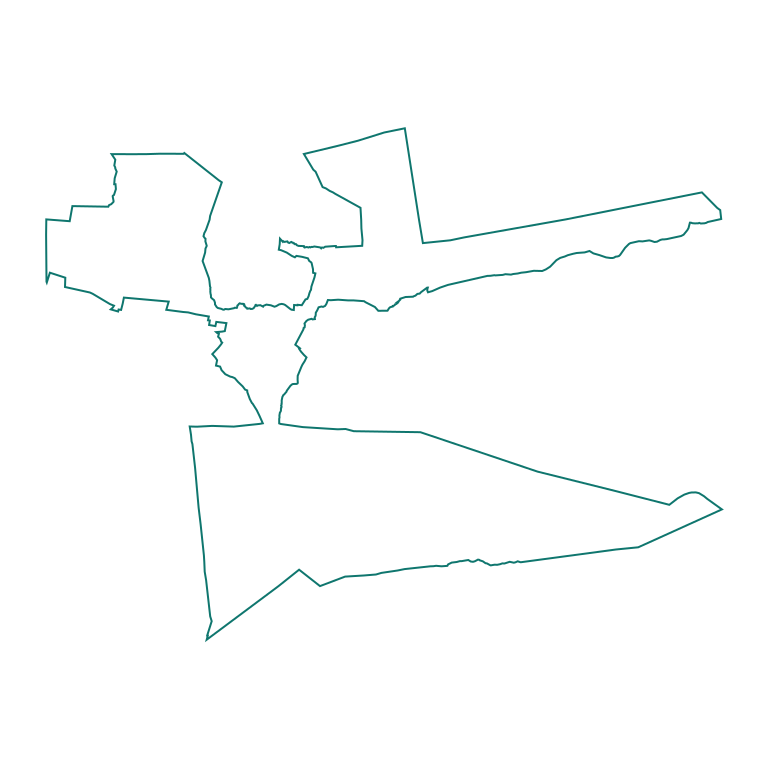 Tianguistenco, México, Mexico (Robinson projection)
{"feature_id": "50627088B72172195949550", "entity_name": "Tianguistenco", "entity_type": "district", "adm_level": 2, "iso_a3": "MEX", "parent_name": "Mexico", "parent_adm1": "México", "projection": "robinson", "projection_center": [-99.437, 19.162], "detail": "fine", "context": "isolated", "style": "outline", "palette": "teal", "viewbox_px": 768, "rotation_deg": 0, "n_neighbors": 0, "source": "geoboundaries", "source_scale": "gbopen_adm2", "svg_char_len": 6116}
<svg xmlns="http://www.w3.org/2000/svg" viewBox="0 0 768 768"><path d="M189.7,426.5L191.0,434.8L191.6,441.4L192.4,444.0L195.1,468.0L198.6,507.5L200.6,524.1L203.9,555.4L204.3,562.0L204.7,571.7L206.1,580.1L210.2,616.4L211.7,621.2L207.2,635.5L207.8,635.6L206.7,639.7L278.4,586.2L299.1,569.7L320.0,586.1L345.1,576.6L363.6,575.5L376.0,574.5L381.4,572.9L397.6,570.5L404.5,569.1L430.4,566.3L433.5,566.2L436.1,565.8L441.5,566.3L446.9,565.9L447.4,565.8L448.1,564.4L451.7,562.6L456.7,562.0L460.0,561.1L461.8,561.1L468.3,560.0L470.7,561.5L473.0,561.8L474.8,561.3L478.0,559.6L479.4,559.9L479.7,560.3L482.8,561.3L485.5,563.2L486.9,563.4L490.4,565.3L491.2,565.3L494.5,564.7L497.2,564.8L500.1,564.2L502.3,563.4L504.5,563.5L509.7,561.8L513.8,562.7L515.5,562.3L517.7,561.3L520.4,562.2L521.1,562.2L615.9,549.5L638.2,547.3L721.9,509.4L707.4,499.0L704.0,496.2L699.1,493.2L697.6,492.8L695.8,492.4L691.5,492.5L689.2,492.9L684.3,494.6L677.7,498.3L669.3,504.8L615.8,491.1L537.5,471.6L420.4,432.2L353.8,431.2L345.6,429.0L337.7,429.3L302.8,427.1L280.8,424.0L279.2,423.4L279.2,418.8L279.5,417.5L279.4,415.5L279.9,412.6L280.7,411.4L281.0,410.1L280.9,408.9L281.2,408.1L281.1,407.6L281.6,406.9L281.1,405.7L281.6,404.8L281.4,404.0L281.7,403.4L281.7,400.3L282.4,396.9L283.4,395.0L284.1,394.5L286.5,391.7L286.8,390.7L290.4,385.8L292.0,384.4L293.0,384.0L296.7,383.9L297.6,383.4L297.8,382.6L297.6,379.7L297.7,375.8L301.4,366.8L302.4,364.7L304.7,361.1L306.5,357.4L303.9,354.9L300.9,351.5L299.1,348.8L299.9,348.3L295.3,344.7L303.4,329.4L303.6,328.0L304.6,327.4L304.9,325.2L304.5,323.5L306.4,321.0L308.2,319.7L311.7,318.8L312.5,319.4L314.9,319.1L314.7,317.3L315.4,316.2L315.7,315.1L315.8,312.7L317.2,310.4L318.6,307.3L321.5,306.5L323.0,306.9L325.1,305.9L326.4,303.9L327.9,300.0L330.8,300.2L338.2,299.7L348.1,300.4L353.5,300.4L364.1,301.2L365.5,302.2L374.9,307.0L378.3,310.8L387.5,310.7L389.0,308.3L390.2,307.2L392.8,306.5L392.8,305.9L393.8,305.7L394.8,305.0L395.1,304.3L396.1,304.1L397.8,302.8L398.0,302.5L397.1,302.3L399.1,300.8L399.9,300.0L399.7,299.9L400.2,298.7L405.6,297.0L413.1,296.7L413.4,296.4L415.5,295.6L417.4,293.9L419.7,293.6L421.0,292.2L427.2,287.6L427.8,287.6L427.4,288.9L427.3,290.6L428.0,292.3L432.2,291.1L440.1,287.6L448.0,284.9L487.4,275.9L490.4,275.8L494.4,275.2L495.4,275.4L502.7,274.9L505.4,274.2L511.0,274.6L513.3,274.0L517.7,273.5L521.2,272.7L526.0,272.2L533.8,270.8L542.2,271.0L545.9,269.4L550.1,266.7L556.4,260.2L560.2,257.9L564.8,256.5L567.8,255.2L573.0,253.8L576.7,253.0L584.7,252.4L589.5,251.0L593.4,253.4L599.4,255.1L606.1,257.4L610.4,258.0L612.7,258.0L614.3,257.5L615.5,256.7L617.8,256.4L619.1,255.9L620.2,254.8L625.1,247.8L628.9,244.0L630.4,243.1L638.9,241.2L642.5,241.4L649.2,240.4L651.0,240.8L654.5,242.0L657.0,241.7L660.4,239.9L662.4,239.4L664.1,239.4L666.8,239.1L681.1,236.0L683.6,234.7L687.3,230.2L688.5,228.1L689.9,222.7L691.0,222.7L692.4,223.2L694.8,223.4L698.3,223.3L699.2,222.9L700.8,223.5L704.4,223.3L706.1,222.9L707.8,222.0L721.2,219.0L720.2,210.1L717.2,207.9L701.9,192.4L565.8,219.4L464.2,237.4L450.3,240.3L422.9,243.1L419.0,219.7L404.8,128.3L384.2,132.5L358.0,140.7L338.8,145.6L303.9,154.0L313.3,169.7L315.6,171.7L322.6,187.1L325.9,188.4L329.7,190.9L333.0,192.4L335.2,193.8L360.5,207.8L361.2,219.9L361.4,228.4L362.5,240.2L362.2,245.8L336.1,247.3L335.9,246.0L335.1,246.0L325.2,246.7L323.4,247.8L322.2,247.5L321.5,247.6L321.1,248.3L320.1,247.4L314.4,246.5L312.3,247.0L311.4,246.9L310.4,247.4L309.5,247.0L308.4,247.5L306.9,247.0L304.5,247.5L304.2,247.3L304.1,246.2L303.8,246.1L298.5,245.9L296.8,245.2L296.3,244.4L295.9,244.1L294.9,244.2L294.2,243.3L293.5,243.4L293.0,242.7L292.2,242.6L291.6,242.0L291.3,241.9L289.3,243.0L288.2,242.6L287.4,241.4L284.3,241.9L283.2,241.2L282.8,241.8L280.0,238.7L279.7,244.3L278.8,249.7L281.1,250.2L286.8,252.6L291.8,255.9L294.9,257.3L296.4,255.9L301.9,256.8L307.9,258.3L309.2,260.9L311.1,262.3L311.6,263.0L313.0,269.2L313.1,272.8L315.4,273.4L314.5,277.3L311.4,286.6L311.0,289.8L310.3,290.9L309.4,293.2L308.6,296.2L307.3,298.9L305.5,299.4L301.8,305.2L297.6,304.8L297.5,305.3L294.1,305.0L293.8,310.0L291.5,309.7L290.3,309.0L285.2,305.0L283.7,304.3L281.7,303.9L279.2,304.4L276.3,306.1L274.5,306.7L270.9,305.3L266.4,304.6L263.2,306.0L263.0,306.6L260.4,305.2L257.7,305.4L257.0,305.9L255.9,304.8L255.5,305.0L255.3,305.8L253.6,308.2L252.2,308.9L250.7,309.0L249.8,308.4L247.2,308.7L246.8,307.9L245.6,307.4L245.1,306.3L244.2,305.8L244.3,304.4L244.1,304.1L243.8,304.0L243.4,304.4L242.9,303.8L241.2,303.8L239.7,303.3L238.9,303.9L238.2,304.9L237.4,305.5L237.2,306.9L236.8,307.9L234.8,307.7L234.0,308.2L228.5,309.3L225.2,309.0L224.0,309.7L223.2,309.7L221.2,308.8L217.9,308.0L216.7,307.1L215.0,304.4L215.0,302.8L214.1,300.2L211.9,298.4L211.0,297.4L210.9,294.9L210.6,294.1L210.3,291.7L210.4,289.8L210.2,289.0L210.5,287.7L210.0,286.3L209.4,280.8L208.8,277.9L202.6,261.0L205.1,252.6L205.5,248.5L206.6,246.2L206.7,245.7L205.4,241.4L205.5,238.7L204.6,237.9L203.5,236.2L204.3,233.1L205.9,230.1L209.6,219.7L210.1,216.0L221.8,182.3L218.7,180.2L184.3,153.0L183.7,153.8L160.5,153.7L147.2,154.1L132.7,154.2L111.6,154.1L115.3,159.7L114.3,165.5L115.2,167.3L115.3,168.5L116.7,171.6L114.7,178.2L114.2,184.2L115.5,184.2L115.9,189.1L114.0,194.9L112.8,195.8L112.7,196.5L113.6,201.2L113.4,202.0L111.2,204.2L109.1,205.1L108.3,206.7L72.4,206.1L69.7,221.2L46.3,219.4L46.1,234.6L46.5,281.7L46.8,282.5L49.9,272.7L65.3,277.7L65.0,287.0L89.9,292.5L92.7,293.8L110.0,304.1L114.0,305.7L112.8,307.6L110.8,309.4L118.1,311.5L118.6,309.5L121.1,309.9L122.7,303.6L123.9,297.6L168.7,301.6L166.3,309.8L183.2,312.0L188.1,312.4L195.9,314.3L208.8,316.5L208.0,320.3L209.8,320.5L209.1,325.0L215.4,326.1L216.3,321.9L226.4,323.1L224.8,331.1L222.1,331.6L216.2,332.1L217.2,333.0L218.9,333.8L218.1,336.7L220.0,338.7L220.4,339.4L221.2,341.7L222.2,342.6L221.1,344.3L218.4,347.7L212.3,354.1L215.4,357.6L217.1,360.2L216.0,365.6L220.1,366.6L221.6,370.2L225.3,374.2L230.2,376.6L232.4,377.1L234.8,378.2L238.0,381.9L242.7,386.4L245.1,389.6L247.2,390.4L247.3,392.1L249.8,399.0L251.9,403.0L252.6,403.6L256.8,410.3L259.5,415.9L262.8,423.3L259.6,423.9L233.8,426.6L212.2,425.9L196.8,426.7L189.7,426.5Z" fill="none" stroke="#0f766e" stroke-width="2"/></svg>